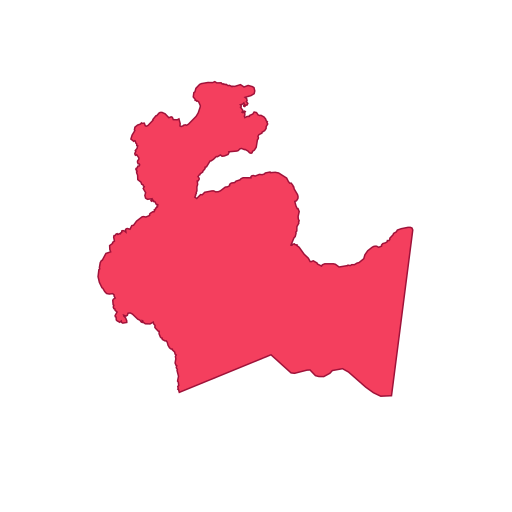 Oikull, Palau, rotated 158°
{"feature_id": "81905179B41520221517607", "entity_name": "Oikull", "entity_type": "district", "adm_level": 2, "iso_a3": "PLW", "parent_name": "Palau", "parent_adm1": "", "projection": "albers", "projection_center": [134.583, 7.366], "detail": "fine", "context": "isolated", "style": "filled", "palette": "rose", "viewbox_px": 512, "rotation_deg": 158, "n_neighbors": 0, "source": "geoboundaries", "source_scale": "gbopen_adm2", "svg_char_len": 6167}
<svg xmlns="http://www.w3.org/2000/svg" viewBox="0 0 512 512"><g transform="rotate(158 256 256)"><path d="M100.9,221.4L100.9,223.5L102.1,224.7L104.2,225.6L111.0,226.9L115.2,227.1L116.9,225.8L120.0,225.4L120.8,224.4L125.2,222.4L125.8,221.1L127.0,220.5L128.4,221.1L129.0,220.1L130.9,219.7L133.8,220.0L135.4,219.2L135.9,218.1L139.0,218.1L140.5,219.9L141.9,220.5L143.5,220.8L145.4,220.5L150.5,219.0L154.6,216.3L157.1,213.1L163.0,211.3L165.0,211.6L168.0,211.1L170.5,212.1L172.2,211.8L174.2,213.1L174.7,212.8L183.1,214.7L185.5,218.6L187.2,219.8L195.1,223.0L197.8,223.0L199.0,222.1L202.0,225.5L202.0,226.6L204.7,230.1L207.0,230.1L207.9,230.6L208.3,234.4L210.7,239.6L212.7,247.9L214.2,250.4L213.8,250.8L215.7,252.1L215.9,252.9L217.3,253.1L218.8,252.5L219.5,253.0L214.0,258.6L212.4,259.3L210.4,262.0L210.2,263.1L208.8,263.9L207.1,267.9L204.0,270.4L203.7,271.8L202.8,272.4L202.9,274.4L202.2,276.8L199.3,281.0L199.3,284.2L200.0,284.4L200.2,287.3L199.6,292.1L197.9,292.0L196.5,292.9L195.4,293.9L194.7,295.6L194.5,297.4L195.5,303.9L195.1,306.0L195.5,306.4L195.3,307.4L196.1,310.4L197.5,310.9L198.1,313.1L198.4,316.8L203.9,324.5L206.8,326.4L211.5,327.9L211.5,328.6L216.3,329.5L217.5,328.9L219.9,329.1L222.3,330.4L226.8,330.4L228.4,331.7L230.2,331.9L231.1,331.3L231.4,330.4L238.6,333.4L240.9,333.3L242.3,332.6L246.5,332.9L248.3,332.1L251.6,332.9L253.6,332.3L254.1,331.1L256.4,330.8L258.7,331.4L264.4,329.8L266.9,329.7L269.4,330.6L270.8,332.2L272.6,332.9L279.7,334.3L282.9,332.9L284.4,333.7L289.4,331.5L290.7,333.5L289.3,334.7L289.3,335.3L287.9,336.3L287.8,337.1L286.4,338.5L284.9,342.3L283.3,344.2L282.4,347.5L281.6,347.3L280.1,348.3L279.6,349.3L280.0,351.4L278.1,352.5L277.5,352.4L277.1,353.1L274.0,353.8L273.7,354.4L270.5,356.1L270.0,357.4L268.5,357.2L263.0,361.3L262.1,361.0L259.2,361.6L255.6,363.1L254.6,362.5L251.1,363.0L250.1,361.2L247.8,360.6L243.9,360.6L242.3,362.0L242.2,362.8L234.5,360.5L233.1,360.4L230.6,361.4L229.1,361.1L226.8,358.9L226.3,359.0L224.2,356.4L223.3,354.1L222.1,353.1L220.9,353.2L220.1,354.3L217.8,354.8L215.1,356.7L211.1,363.3L210.1,363.8L209.4,364.8L209.4,366.2L207.9,367.4L204.5,367.7L204.0,368.5L201.0,369.0L198.9,370.4L198.1,372.2L195.7,374.0L195.8,376.0L195.2,376.3L195.9,377.7L195.7,379.3L196.5,381.9L198.7,384.6L200.0,384.9L201.2,386.0L201.8,388.8L203.8,390.2L205.8,388.8L209.4,388.7L209.8,387.9L212.0,388.7L214.5,388.5L214.4,390.1L213.5,390.9L212.8,393.2L211.8,393.9L212.4,394.7L212.8,394.7L213.3,393.7L214.5,393.8L215.1,394.6L213.9,395.2L213.7,396.3L214.6,399.7L213.9,399.8L213.4,401.0L213.8,402.1L211.6,401.9L209.9,402.5L210.0,400.6L211.1,400.2L211.2,399.4L210.5,398.8L209.7,399.2L209.9,400.0L207.8,399.3L206.4,400.5L207.1,402.8L206.1,403.4L205.7,405.4L206.7,407.2L200.5,406.6L196.9,407.2L195.3,409.5L194.8,412.9L195.9,414.4L199.4,417.1L203.8,417.2L206.2,420.7L212.1,421.2L214.6,422.4L214.9,422.1L216.7,424.2L218.1,424.4L219.4,426.4L220.3,426.4L220.7,427.1L221.6,427.2L221.9,428.0L222.9,428.1L223.4,429.6L227.5,431.2L228.9,433.1L231.2,433.0L235.6,434.9L242.1,436.3L244.0,436.2L248.9,434.0L251.1,431.1L252.4,430.8L254.6,427.0L253.7,423.9L254.1,423.1L253.0,422.5L253.0,421.8L252.1,421.6L251.4,420.3L251.3,416.2L251.9,415.1L256.0,410.3L259.2,407.9L269.3,403.5L271.5,403.2L272.2,404.0L274.1,404.4L274.8,404.0L276.9,404.1L277.8,405.1L276.7,407.2L276.1,412.0L278.0,411.8L281.6,413.4L281.6,415.9L282.5,416.8L285.0,416.9L287.0,421.9L289.4,424.4L291.0,425.0L292.3,424.9L295.5,423.3L296.3,423.5L300.5,421.2L300.6,420.5L307.2,417.5L309.0,417.4L309.9,418.2L309.8,421.0L312.2,421.8L312.4,422.3L313.8,421.6L316.7,421.8L320.0,420.8L321.5,418.5L321.3,417.7L325.6,414.5L328.2,411.3L326.4,408.1L325.4,408.4L324.9,407.9L325.1,405.6L324.6,404.7L325.2,403.1L324.4,402.5L326.0,400.3L328.4,399.0L328.2,398.2L330.0,396.4L330.2,395.1L329.8,394.4L328.7,394.6L327.9,391.0L328.3,389.7L330.1,388.6L330.7,387.6L330.8,385.7L329.7,385.0L329.7,384.1L330.5,383.3L332.1,383.5L332.9,382.3L334.2,382.2L334.9,381.6L334.4,380.3L335.0,379.8L334.6,379.1L335.5,378.0L335.5,375.3L337.0,371.1L335.0,367.5L335.1,365.4L334.1,364.4L334.2,363.2L333.6,362.1L335.3,360.9L334.6,356.1L336.4,353.7L336.7,351.0L335.4,349.2L331.1,348.1L332.7,346.7L332.2,345.8L331.1,346.0L330.7,346.6L330.2,345.7L330.5,344.8L329.3,344.0L329.2,341.5L327.8,340.4L327.9,340.0L328.6,340.0L329.4,338.8L329.1,338.5L331.2,337.9L331.4,337.2L333.1,336.8L332.9,336.1L334.1,335.2L335.1,335.7L337.9,335.2L338.9,334.7L339.4,333.5L341.0,333.4L343.5,333.4L345.5,334.7L346.9,335.0L353.7,333.1L358.0,330.4L359.8,330.7L362.8,328.0L365.0,329.7L365.9,329.8L367.0,329.5L367.7,326.9L368.5,328.4L369.8,329.4L371.1,329.5L371.7,328.2L372.9,328.1L373.4,327.4L374.5,328.0L375.3,327.6L376.3,327.9L376.3,328.7L377.4,328.8L379.1,327.8L380.0,328.1L380.9,326.8L381.7,322.8L383.8,322.4L384.1,321.6L385.0,321.2L387.8,320.5L389.1,316.8L389.2,314.3L394.2,314.6L400.2,309.6L401.0,309.7L402.9,308.2L405.5,304.0L405.7,302.6L406.8,302.2L410.2,296.0L411.1,290.2L410.7,284.3L410.1,283.4L409.6,279.8L408.6,277.2L406.3,275.7L403.0,274.8L402.1,272.9L402.6,272.1L402.3,269.8L404.3,269.4L405.4,268.6L406.7,264.4L406.3,263.6L407.5,262.1L407.5,260.4L406.7,259.8L407.0,258.5L405.8,256.1L409.0,253.5L409.2,252.4L408.6,251.7L409.5,249.1L409.1,248.0L407.2,245.6L405.3,246.2L405.5,244.8L404.7,243.7L400.7,242.8L400.1,244.4L400.1,247.4L401.0,249.6L400.9,250.7L399.1,249.0L397.5,249.2L396.1,250.9L393.9,250.3L392.3,248.4L389.3,241.7L387.7,240.0L387.1,237.7L386.2,237.0L385.7,238.7L385.3,238.3L385.5,237.0L384.0,234.6L379.6,232.7L376.1,233.2L376.3,231.4L375.6,229.5L376.5,227.8L376.3,226.8L374.8,222.9L374.0,222.4L375.0,220.2L375.0,216.7L374.4,215.3L373.8,215.0L374.1,213.7L372.1,211.3L371.1,211.1L370.6,209.3L371.0,206.1L370.6,203.4L369.9,201.9L368.5,201.0L368.8,200.5L367.4,197.4L367.8,195.4L367.1,194.1L368.4,193.0L368.8,190.8L371.1,187.1L371.1,184.5L370.6,184.0L371.8,182.3L371.4,180.3L372.1,179.5L372.9,173.5L375.6,169.4L375.3,168.1L376.2,164.9L377.4,164.4L377.7,162.5L378.4,161.8L377.9,161.2L378.2,158.3L279.1,158.8L267.3,134.5L264.2,132.8L251.5,131.1L248.6,130.1L245.7,122.8L242.9,120.7L238.4,118.8L231.4,119.6L228.1,121.2L218.0,119.1L213.7,113.8L203.4,93.3L198.3,85.2L192.9,79.3L182.7,75.7L100.9,221.4Z" fill="#f43f5e" stroke="#9f1239" stroke-width="1.5"/></g></svg>